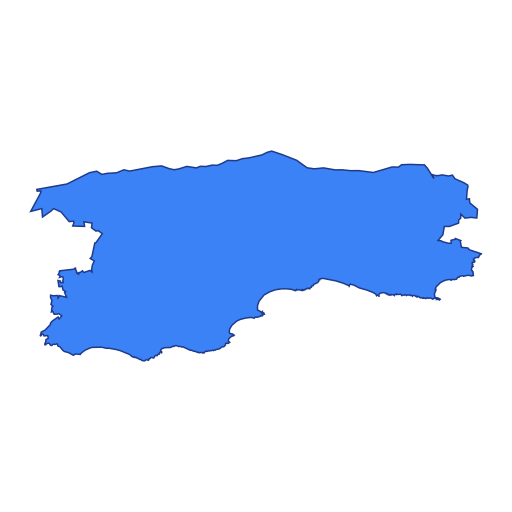 the district of Eden, Western Cape, South Africa
{"feature_id": "47623444B71894478343084", "entity_name": "Eden", "entity_type": "district", "adm_level": 2, "iso_a3": "ZAF", "parent_name": "South Africa", "parent_adm1": "Western Cape", "projection": "equal_earth", "projection_center": [22.286, -33.877], "detail": "fine", "context": "isolated", "style": "filled", "palette": "blue", "viewbox_px": 512, "rotation_deg": 0, "n_neighbors": 0, "source": "geoboundaries", "source_scale": "gbopen_adm2", "svg_char_len": 6002}
<svg xmlns="http://www.w3.org/2000/svg" viewBox="0 0 512 512"><path d="M350.7,170.7L342.3,169.8L335.2,169.9L323.6,167.9L314.3,168.8L307.1,167.8L296.7,160.3L282.2,154.6L271.7,151.1L267.2,152.3L262.0,154.9L248.7,157.9L242.3,158.7L236.3,160.7L227.7,160.4L221.3,163.7L217.2,165.3L212.3,165.1L205.9,166.5L200.3,166.3L196.4,167.9L186.8,166.4L178.5,169.0L174.1,169.7L169.4,168.7L161.6,165.9L152.4,166.7L129.6,171.1L123.9,169.8L116.6,172.8L107.5,173.3L101.9,174.4L96.7,171.2L89.5,172.7L67.0,184.0L36.8,189.4L37.1,191.1L41.0,191.0L40.6,193.0L30.7,211.4L41.8,208.6L42.5,217.0L50.8,211.2L53.6,208.6L61.1,212.0L69.2,221.6L73.6,221.2L73.9,222.9L72.7,226.0L84.6,226.4L83.9,221.8L92.1,223.1L91.5,227.8L96.0,231.1L98.1,230.6L102.3,233.7L96.0,242.6L94.8,243.0L91.9,256.6L90.2,258.5L94.3,260.9L92.3,265.2L91.7,269.4L92.1,272.0L90.0,270.4L83.9,272.5L82.4,270.8L80.5,272.3L78.8,272.6L78.7,274.2L77.7,273.9L77.1,272.7L76.6,272.8L76.7,272.0L75.6,269.3L75.5,268.1L75.2,268.0L73.8,269.2L59.8,270.8L59.8,271.6L59.1,271.9L59.2,273.1L58.1,274.7L59.9,275.5L60.0,276.4L59.6,277.4L61.5,276.7L62.9,277.0L63.4,279.0L62.8,280.4L63.1,282.6L60.7,282.5L60.3,282.3L60.4,281.1L58.0,280.5L58.9,286.6L60.3,286.7L62.1,286.1L63.0,289.9L65.6,291.6L64.6,292.5L66.6,297.3L59.4,295.6L59.6,296.2L58.0,298.0L57.7,295.8L57.2,295.5L53.4,295.8L50.6,295.2L50.5,297.4L51.6,299.6L51.8,301.5L50.9,304.4L52.9,306.2L52.0,307.0L51.4,311.9L52.6,311.2L54.2,314.3L57.2,314.1L58.7,313.6L61.8,315.7L59.1,319.0L58.1,317.0L52.5,320.9L50.6,322.9L50.4,324.5L45.1,330.1L41.3,332.0L40.3,335.6L40.7,335.9L42.2,334.2L42.8,334.1L43.6,334.8L44.0,335.9L47.7,335.6L48.3,338.2L45.9,339.7L45.8,341.6L44.8,343.9L44.9,344.8L45.6,344.8L46.4,343.8L48.4,343.2L49.4,343.5L50.3,345.0L51.1,345.5L51.9,345.4L53.1,344.2L54.9,344.4L57.3,343.8L57.9,346.0L60.2,347.0L62.3,349.8L64.2,351.4L68.7,352.7L73.4,355.3L74.9,354.2L76.2,354.0L80.4,354.4L81.0,353.3L85.0,350.2L90.0,348.0L92.0,347.4L101.6,347.2L107.1,348.4L108.0,348.1L115.7,349.4L120.1,350.6L129.7,354.5L132.3,356.8L132.6,356.6L133.5,357.1L134.0,356.8L134.6,357.5L136.0,357.3L136.2,357.8L137.5,358.1L139.8,359.5L140.5,359.3L142.2,360.6L144.5,360.9L146.4,359.6L148.1,360.3L148.7,360.0L149.0,358.7L149.7,358.8L151.1,357.4L153.7,358.0L155.1,355.8L155.8,355.3L157.0,355.7L157.5,354.7L159.4,354.0L159.6,353.5L159.3,353.0L160.0,352.2L160.9,352.0L161.6,352.7L161.8,352.0L160.8,350.9L160.7,349.9L162.0,348.6L164.8,347.7L170.5,347.5L173.0,346.2L173.9,346.5L174.7,345.8L176.5,345.6L178.7,346.5L180.5,346.4L181.9,347.1L182.9,346.8L190.3,350.3L191.6,350.3L194.2,351.4L195.0,351.2L197.4,352.4L198.5,352.2L199.1,352.8L201.7,352.4L202.4,352.9L202.8,352.5L203.8,353.0L204.5,352.7L204.8,351.7L205.5,351.3L207.4,351.3L208.2,350.8L209.0,351.0L212.9,350.3L213.4,350.6L214.5,349.9L215.4,350.1L216.3,349.5L219.6,348.8L221.9,346.8L223.7,346.8L225.5,345.0L225.4,344.1L225.9,343.2L228.2,343.4L229.7,342.3L228.3,341.2L228.8,338.7L232.0,335.9L232.8,336.1L233.3,335.3L233.7,335.6L234.2,335.2L233.0,334.6L232.7,334.0L229.8,333.5L229.3,331.6L229.6,329.1L231.9,325.3L236.7,321.1L240.0,319.5L245.3,318.1L251.1,317.4L254.3,318.2L255.1,317.1L257.5,317.2L260.7,316.1L261.4,315.4L262.0,315.9L262.3,315.2L263.0,315.0L263.2,314.1L264.3,314.2L263.9,313.0L262.8,312.6L262.4,311.8L262.5,313.0L262.0,312.6L262.1,312.0L261.4,312.7L260.9,311.7L257.5,309.9L257.5,305.6L259.1,301.1L264.1,294.9L269.8,291.8L275.3,289.8L281.2,288.9L286.2,288.8L291.5,289.3L295.2,290.7L295.8,290.6L296.0,289.8L296.7,289.4L297.2,290.0L298.3,289.6L301.3,290.4L301.8,289.7L302.5,290.3L302.6,289.6L303.7,290.2L304.9,289.4L305.1,289.7L307.3,288.2L307.8,288.6L308.2,288.2L309.7,288.8L310.4,287.6L311.4,287.2L311.7,286.0L313.1,285.7L313.7,284.4L317.6,282.6L318.8,281.0L318.7,279.9L319.8,279.8L320.0,278.8L323.2,278.4L335.9,280.9L343.5,283.3L349.0,285.7L349.2,286.2L349.4,285.9L349.2,285.1L350.2,284.2L353.6,285.0L359.5,288.0L366.7,290.0L372.6,292.3L375.7,294.0L376.6,295.6L376.9,295.1L378.0,295.3L379.4,296.7L378.7,295.2L379.2,293.9L380.7,293.0L383.4,292.6L386.7,293.4L387.1,293.7L386.9,294.0L388.0,294.0L388.2,294.9L389.1,294.7L390.0,295.2L390.2,294.7L391.2,294.5L391.3,294.9L393.1,294.6L394.3,295.4L394.3,294.7L395.6,294.3L396.0,294.6L396.4,293.9L397.6,294.5L400.5,294.2L401.9,295.5L402.1,295.1L404.4,295.1L405.2,294.6L406.5,295.5L406.7,295.1L410.2,295.0L410.4,295.5L411.6,295.3L412.4,296.2L412.7,295.7L413.8,295.4L415.3,295.9L416.4,296.8L416.7,296.3L417.3,296.9L418.4,296.4L420.2,297.8L421.4,297.6L422.4,298.2L423.3,297.8L423.4,298.2L425.1,298.1L425.3,298.5L426.4,298.4L427.4,297.7L428.4,298.3L430.7,297.9L432.5,299.1L433.5,298.9L434.3,298.1L436.0,298.2L436.7,298.9L436.5,299.5L437.1,299.4L437.1,298.8L439.4,300.0L440.2,299.2L438.0,298.0L435.0,297.5L434.4,293.9L435.8,290.5L435.4,290.4L435.4,289.5L435.8,289.2L435.3,288.8L436.3,286.7L440.2,282.8L442.9,281.2L445.8,280.1L448.4,279.6L450.3,279.6L450.6,279.9L450.9,279.6L451.6,280.1L452.1,279.3L454.2,279.6L456.5,279.2L457.7,277.3L459.1,277.2L459.4,276.5L460.5,276.0L463.1,275.8L463.6,276.3L466.5,275.5L469.0,275.3L471.6,276.0L473.4,275.5L473.0,274.7L473.3,274.2L472.9,272.4L473.1,272.2L472.4,270.8L472.0,270.8L471.5,270.2L471.6,268.0L472.1,267.5L471.9,267.0L472.4,266.7L472.3,266.3L473.0,266.3L472.3,265.0L472.8,264.7L472.7,264.2L472.0,263.0L472.3,262.3L474.1,262.3L474.7,261.8L474.8,261.4L474.5,261.2L474.7,260.9L473.7,260.3L473.4,259.2L474.0,259.2L474.6,258.1L476.7,257.4L478.4,257.5L480.0,254.5L480.9,254.4L481.3,253.8L469.6,249.9L467.9,248.0L461.4,247.3L460.3,241.2L460.8,240.6L455.4,238.5L455.3,239.2L451.0,240.3L451.2,243.3L448.2,243.2L442.6,241.7L441.1,240.8L438.0,240.5L442.9,234.7L444.3,226.4L449.3,226.5L458.6,223.1L458.7,220.0L460.7,218.1L460.8,214.1L464.9,218.1L471.0,217.4L476.8,218.0L477.5,209.3L469.8,202.9L469.4,198.8L466.5,199.3L467.1,190.9L468.0,186.4L467.7,185.1L464.2,182.9L455.0,178.8L452.4,175.1L448.5,176.0L442.2,174.9L438.0,175.6L435.2,175.5L432.6,174.7L433.9,178.6L427.4,168.2L424.5,164.9L410.1,164.4L401.6,164.7L398.5,167.1L391.9,167.0L373.4,172.5L358.6,170.6L350.7,170.7Z" fill="#3b82f6" stroke="#1e3a8a" stroke-width="1.5"/></svg>